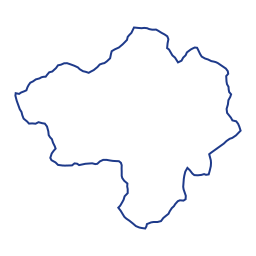 Itajobi, São Paulo, Brazil
{"feature_id": "56859067B98443143208394", "entity_name": "Itajobi", "entity_type": "district", "adm_level": 2, "iso_a3": "BRA", "parent_name": "Brazil", "parent_adm1": "São Paulo", "projection": "natural_earth1", "projection_center": [-49.057, -21.367], "detail": "fine", "context": "isolated", "style": "outline", "palette": "blue", "viewbox_px": 256, "rotation_deg": 0, "n_neighbors": 0, "source": "geoboundaries", "source_scale": "gbopen_adm2", "svg_char_len": 2678}
<svg xmlns="http://www.w3.org/2000/svg" viewBox="0 0 256 256"><path d="M179.9,200.3L183.5,200.6L185.6,199.2L185.8,195.8L183.6,189.4L183.2,186.8L183.8,178.9L184.3,175.7L185.3,171.6L187.4,167.9L189.8,170.2L192.4,173.6L194.3,175.1L197.7,175.3L201.4,174.9L204.1,174.1L206.0,174.8L208.7,174.4L209.8,170.4L210.8,166.1L211.0,162.8L210.8,160.3L209.2,154.2L210.8,152.9L221.4,145.3L223.8,143.6L226.5,141.0L229.7,138.8L232.3,137.9L236.0,135.4L238.6,132.7L240.6,130.7L239.3,126.6L238.1,123.8L236.2,121.3L232.4,120.4L231.0,117.8L229.1,115.4L227.1,112.9L226.6,108.9L227.9,104.5L228.4,100.2L230.2,97.0L231.1,94.3L229.2,92.1L228.7,89.6L228.5,86.8L227.0,84.2L226.5,81.4L226.2,76.1L228.2,73.8L227.8,71.2L225.9,68.6L223.0,66.6L219.9,64.5L217.7,63.0L215.7,62.1L213.8,61.6L211.3,61.1L208.1,59.5L205.0,58.5L201.7,56.6L200.1,54.0L198.3,50.2L197.1,47.8L194.8,47.5L193.0,48.3L190.9,49.4L188.6,51.1L186.9,52.4L185.6,55.3L183.2,57.6L181.5,60.7L178.0,62.4L176.5,60.0L175.0,57.6L172.4,55.4L170.9,52.8L169.0,49.5L167.1,48.1L167.6,43.2L168.4,39.2L167.3,36.3L164.5,34.4L161.5,32.8L158.3,30.8L156.1,29.6L152.3,29.7L149.2,29.1L147.1,28.2L144.3,27.9L141.5,28.2L137.9,27.9L134.0,27.5L131.4,32.9L129.3,35.0L127.7,36.9L127.0,39.9L122.8,44.2L118.9,47.5L114.7,49.4L111.7,51.2L111.0,53.9L110.1,58.3L106.8,61.4L104.4,63.1L102.5,63.5L99.7,64.5L97.5,67.0L93.7,70.1L90.8,71.6L88.7,72.8L85.6,71.8L83.0,71.2L79.7,69.2L77.9,67.4L74.2,65.7L70.4,64.3L67.1,63.2L64.1,63.3L60.9,64.7L58.0,65.3L56.0,68.1L53.9,70.0L52.3,71.5L49.2,72.3L47.1,74.8L45.7,76.7L43.4,76.8L41.4,77.3L39.5,78.4L35.8,79.4L33.0,81.4L30.3,82.7L28.6,85.1L27.4,87.4L26.4,90.3L24.2,91.3L21.1,92.5L19.1,93.9L15.7,93.2L15.4,95.7L16.7,100.7L19.8,109.3L21.5,112.0L22.3,115.2L23.6,118.6L27.1,121.5L29.0,123.6L32.1,123.4L35.6,123.7L38.5,122.2L42.2,123.2L44.8,123.6L47.0,126.5L48.3,131.3L48.7,135.1L50.1,137.3L51.9,139.2L53.0,142.7L54.8,146.3L55.6,148.6L53.5,151.0L51.7,153.5L50.3,157.9L51.5,160.2L55.5,162.4L58.0,164.9L62.5,165.5L64.8,165.6L72.0,165.4L74.5,163.4L77.1,163.7L79.1,165.1L85.3,163.8L89.3,163.5L92.2,163.3L95.3,164.1L97.3,163.8L99.9,161.4L103.1,159.9L106.8,159.9L110.1,160.5L112.9,160.9L116.4,161.1L118.9,161.2L120.9,162.8L121.7,165.2L121.6,168.4L121.7,171.7L121.7,175.9L122.3,178.1L124.2,180.8L127.4,183.5L127.2,186.5L127.7,189.1L127.7,193.1L124.6,196.3L123.6,199.7L122.3,202.1L120.2,205.7L118.3,207.7L120.7,210.8L122.5,213.8L124.4,216.9L126.3,218.6L129.4,220.7L132.9,223.5L135.9,226.1L139.3,227.5L141.7,228.0L145.2,228.5L146.4,226.4L146.9,224.1L151.1,222.4L153.5,222.0L157.5,222.0L161.0,221.1L163.3,218.0L166.1,215.7L168.5,213.8L169.7,211.3L171.8,208.1L173.9,206.2L175.2,204.1L177.8,201.2L179.9,200.3Z" fill="none" stroke="#1e3a8a" stroke-width="2"/></svg>